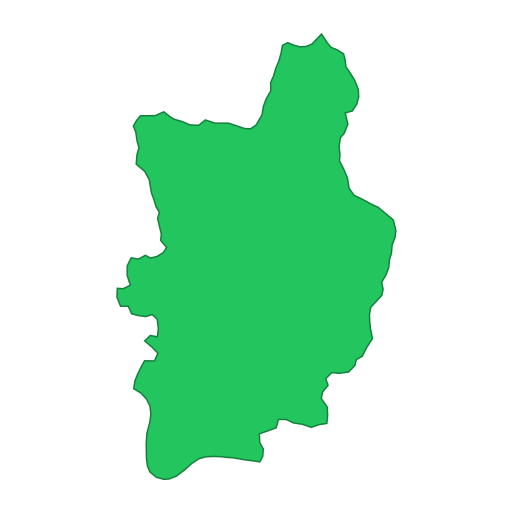 the district of Guatambú, Santa Catarina, Brazil, rotated 357°
{"feature_id": "56859067B99380282166961", "entity_name": "Guatambú", "entity_type": "district", "adm_level": 2, "iso_a3": "BRA", "parent_name": "Brazil", "parent_adm1": "Santa Catarina", "projection": "robinson", "projection_center": [-52.789, -27.112], "detail": "fine", "context": "isolated", "style": "filled", "palette": "green", "viewbox_px": 512, "rotation_deg": 357, "n_neighbors": 0, "source": "geoboundaries", "source_scale": "gbopen_adm2", "svg_char_len": 2261}
<svg xmlns="http://www.w3.org/2000/svg" viewBox="0 0 512 512"><g transform="rotate(357 256 256)"><path d="M126.9,382.1L134.0,386.9L139.2,393.2L142.2,400.2L142.8,408.1L141.3,416.4L137.8,427.3L136.5,438.0L136.3,445.1L136.0,452.2L136.6,460.2L138.9,466.3L145.0,471.8L152.3,474.2L157.7,474.1L164.9,471.7L174.0,465.5L181.0,459.8L188.6,455.4L195.4,453.9L202.7,453.9L210.8,454.6L217.0,455.7L222.5,456.3L234.5,459.0L241.1,460.2L249.1,461.8L252.3,456.3L253.2,449.1L250.0,442.6L250.0,433.8L267.2,428.6L269.8,420.4L277.5,420.8L284.5,424.6L293.2,426.4L302.3,430.0L310.1,427.7L318.0,426.9L319.2,418.8L319.2,410.5L313.7,401.7L315.5,395.2L321.2,388.9L319.2,382.1L325.6,376.4L332.9,377.5L342.4,376.7L349.0,370.5L350.8,364.7L356.9,361.6L361.8,353.1L368.0,344.5L366.6,335.6L366.1,326.8L366.3,320.3L367.8,313.4L373.3,308.0L379.5,302.0L381.2,295.9L380.1,288.8L384.7,281.9L387.9,274.7L389.1,266.6L391.3,260.7L392.6,251.8L395.8,245.0L397.0,237.8L395.0,227.2L380.6,213.8L374.8,210.8L364.6,204.6L357.2,200.6L352.5,193.3L351.4,182.8L348.2,174.0L344.3,165.3L345.2,158.8L344.7,151.3L346.4,142.4L350.6,138.0L354.6,129.1L352.6,117.8L359.8,116.2L364.6,109.6L366.9,102.4L366.9,95.0L363.7,85.6L359.4,77.8L355.7,71.9L355.3,64.9L354.0,58.7L348.2,54.6L341.8,51.5L338.0,46.3L333.1,37.8L322.8,47.4L316.9,49.4L310.7,49.4L304.6,47.4L298.8,44.6L293.5,47.0L291.7,54.6L288.9,62.7L285.3,70.3L283.1,76.8L279.7,83.6L279.4,91.8L274.2,100.0L271.3,106.8L269.3,115.5L262.9,125.3L257.3,128.7L251.2,128.1L242.7,124.7L235.3,121.9L222.1,121.2L212.5,117.5L205.6,122.5L196.8,121.6L189.4,117.9L181.2,115.1L176.5,111.6L171.5,107.2L162.5,110.6L148.0,109.9L143.6,114.7L140.3,119.9L142.4,125.7L143.3,135.2L144.8,141.7L142.4,148.7L141.2,158.1L149.3,165.6L153.4,174.3L154.1,181.0L155.0,187.8L157.0,194.4L158.8,201.6L161.8,207.4L159.7,213.3L161.1,221.0L162.6,229.0L161.6,235.4L167.2,242.9L163.5,247.8L157.1,251.3L150.4,252.5L145.6,249.5L138.5,252.9L131.2,251.3L126.9,259.1L126.3,268.6L129.0,278.6L121.7,281.7L115.8,281.0L115.0,289.8L118.1,299.1L125.8,299.4L128.7,307.2L135.7,309.4L143.0,310.7L149.3,309.0L154.0,314.0L154.7,323.4L153.2,331.6L146.3,329.8L140.4,335.0L147.3,341.5L152.9,347.9L149.1,355.5L139.2,354.8L135.7,360.5L131.9,367.2L128.7,374.0L126.9,382.1Z" fill="#22c55e" stroke="#15803d" stroke-width="1.5"/></g></svg>